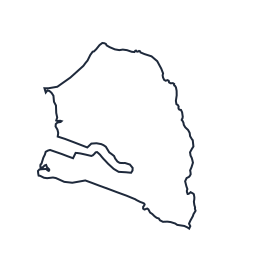 SVG path tracing the border of Senegal, rotated 20°
{"feature_id": "SEN", "entity_name": "Senegal", "entity_type": "country or territory", "adm_level": 0, "iso_a3": "SEN", "parent_name": "Africa", "parent_adm1": "", "projection": "natural_earth1", "projection_center": [-14.381, 14.503], "detail": "fine", "context": "isolated", "style": "outline", "palette": "slate", "viewbox_px": 256, "rotation_deg": 20, "n_neighbors": 0, "source": "natural_earth", "source_scale": "50m", "svg_char_len": 2939}
<svg xmlns="http://www.w3.org/2000/svg" viewBox="0 0 256 256"><g transform="rotate(20 128 128)"><path d="M193.0,117.3L195.8,123.0L195.2,125.7L194.6,129.6L196.2,132.5L198.1,134.3L199.4,136.1L200.9,138.4L201.1,143.2L200.9,146.6L201.8,148.1L202.7,150.0L202.5,151.7L202.0,153.1L200.2,155.0L199.9,158.5L202.8,162.8L204.7,165.1L204.7,166.5L205.2,167.9L206.6,169.6L207.4,169.2L208.4,167.8L208.8,166.9L211.3,167.3L212.5,167.7L214.1,170.5L214.7,172.4L215.1,174.7L216.7,177.7L218.2,179.7L218.5,181.0L219.8,182.7L219.0,186.6L219.1,188.6L218.3,193.7L218.1,196.2L218.1,197.1L220.1,198.9L219.9,201.6L217.9,201.1L214.4,200.8L207.4,202.2L205.0,201.6L200.3,201.8L197.1,202.5L192.9,204.2L189.6,203.8L187.9,202.5L185.6,202.6L183.0,201.8L180.2,200.5L177.7,199.9L175.0,197.5L173.7,197.1L172.8,197.7L172.0,198.5L171.3,199.0L169.8,198.6L169.2,196.9L169.7,195.4L169.8,194.2L169.1,193.5L167.5,193.3L164.8,193.3L160.4,192.8L159.4,192.5L149.7,192.1L139.7,192.1L131.2,192.0L120.4,192.0L112.8,191.9L105.8,191.9L100.3,195.1L94.4,198.5L86.5,200.4L77.3,199.7L74.4,200.2L71.4,201.7L69.2,202.8L66.0,203.5L61.9,203.0L60.3,203.3L59.3,201.7L58.1,199.2L58.9,197.3L61.3,196.1L65.1,194.5L67.0,195.3L68.2,195.4L68.4,194.4L68.0,193.8L65.2,192.5L63.7,190.7L62.5,191.7L61.5,193.9L60.6,194.6L59.4,195.2L58.6,193.7L58.3,192.2L58.9,191.1L58.6,184.8L59.0,181.4L58.8,178.5L60.6,176.5L62.3,175.3L68.8,175.2L74.9,175.1L80.7,175.2L86.7,175.2L87.3,169.3L89.1,168.8L92.0,168.2L97.2,167.5L103.1,166.8L104.3,165.7L105.3,163.7L105.9,162.0L107.1,161.2L108.8,161.8L110.9,162.7L113.2,164.1L115.7,165.5L117.4,166.3L121.5,168.4L128.5,171.3L134.2,172.4L141.2,170.3L146.2,169.0L146.8,166.4L146.0,163.9L142.3,161.7L137.2,161.9L135.7,162.5L133.3,163.3L131.9,163.6L129.5,163.1L126.4,161.1L124.5,159.1L121.8,158.2L118.7,157.3L113.6,153.2L110.9,152.5L108.4,152.3L103.6,153.1L98.9,155.2L96.4,160.2L91.7,160.1L81.7,159.9L72.5,159.8L64.9,160.1L64.1,156.5L62.3,153.7L59.4,151.3L58.8,149.0L59.8,147.0L62.6,145.4L63.2,144.3L61.8,144.4L59.5,145.5L58.0,145.5L57.9,142.4L55.4,138.4L52.6,131.5L49.5,128.7L46.9,123.2L44.1,121.1L41.5,120.1L39.4,120.3L38.6,122.8L35.9,119.2L39.6,117.9L47.5,113.4L56.6,100.3L64.8,84.9L65.9,81.2L66.9,78.5L67.6,72.2L68.7,68.4L69.8,67.7L71.2,64.8L72.9,59.8L74.8,56.9L76.9,56.4L78.5,56.6L79.7,57.7L83.1,58.3L88.8,58.6L93.2,57.8L96.3,56.1L100.4,55.2L105.5,55.1L108.1,54.4L108.4,53.0L109.0,52.5L110.1,53.1L111.1,52.9L112.0,51.8L113.0,51.8L113.9,52.7L118.1,52.9L125.6,52.6L132.6,55.2L139.0,60.9L142.3,64.7L142.5,66.6L143.6,68.5L145.5,70.4L147.2,70.7L148.8,69.5L150.1,69.7L151.0,71.1L152.8,71.4L154.8,70.5L156.3,70.8L156.5,71.7L156.9,72.2L157.9,72.4L159.2,73.5L161.0,76.5L162.6,80.7L163.7,86.1L165.3,89.0L167.2,89.5L168.3,90.6L168.5,91.9L169.1,92.7L170.0,93.2L171.6,92.9L173.5,94.8L175.6,98.7L175.9,100.5L175.6,101.4L175.7,102.1L177.0,102.8L178.3,104.1L179.4,106.0L181.6,107.8L185.1,109.3L187.6,111.5L189.2,114.5L192.3,117.0L193.0,117.3Z" fill="none" stroke="#1e293b" stroke-width="2"/></g></svg>